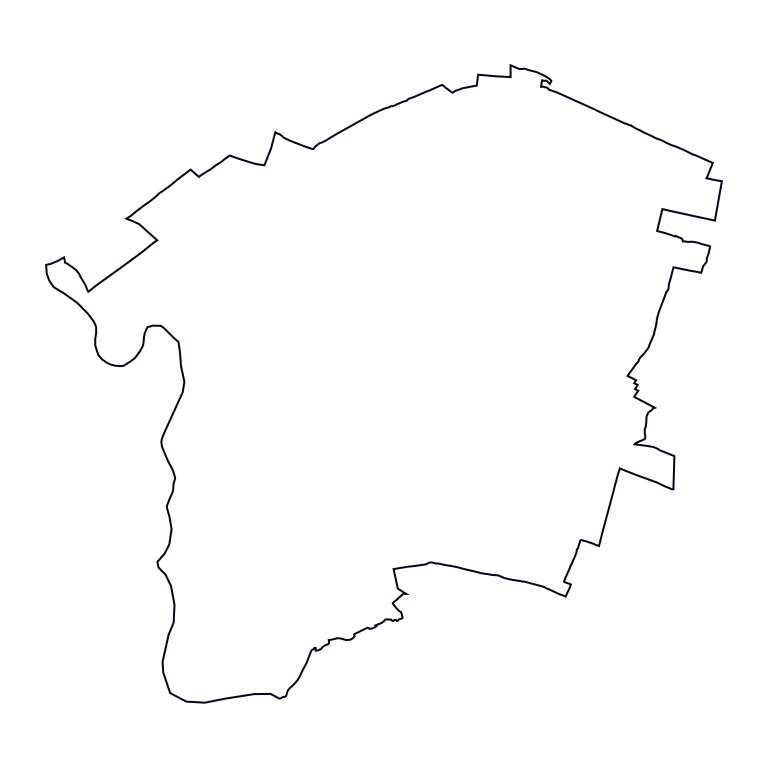 Bratovoesti, Dolj, Romania (Robinson projection)
{"feature_id": "2599482B58012097168459", "entity_name": "Bratovoesti", "entity_type": "district", "adm_level": 2, "iso_a3": "ROU", "parent_name": "Romania", "parent_adm1": "Dolj", "projection": "robinson", "projection_center": [23.927, 44.119], "detail": "fine", "context": "isolated", "style": "outline", "palette": "ink", "viewbox_px": 768, "rotation_deg": 0, "n_neighbors": 0, "source": "geoboundaries", "source_scale": "gbopen_adm2", "svg_char_len": 6048}
<svg xmlns="http://www.w3.org/2000/svg" viewBox="0 0 768 768"><path d="M279.6,698.7L281.3,698.0L282.8,697.1L285.1,696.7L286.1,696.1L287.5,691.4L288.2,690.0L289.7,688.3L293.6,684.6L297.4,680.4L300.0,676.1L302.5,670.5L306.7,662.8L309.5,655.1L311.5,650.3L313.7,649.0L314.7,647.8L315.6,648.0L315.6,649.5L315.7,650.7L316.4,650.7L317.5,650.5L318.7,650.1L321.1,649.0L321.9,647.7L324.4,645.7L326.8,644.8L329.0,643.5L329.1,642.7L329.0,641.2L328.7,640.1L330.3,639.9L337.8,638.2L339.9,638.4L342.6,639.0L345.4,639.9L346.8,640.0L350.0,639.8L352.4,638.6L353.9,637.2L354.7,636.3L354.1,635.6L354.1,634.5L354.6,634.0L367.4,627.8L368.0,627.8L368.9,628.2L369.1,628.7L369.5,628.8L370.6,628.6L371.9,628.6L374.7,627.4L376.2,626.3L375.3,625.5L376.1,624.8L377.1,625.0L378.5,624.1L379.9,623.7L381.7,622.9L383.8,621.3L385.0,620.0L385.8,619.4L387.5,619.4L389.1,619.6L391.2,619.6L391.9,620.5L392.5,620.9L393.5,620.9L394.3,620.0L395.5,619.9L396.6,620.4L396.8,620.9L397.8,620.7L398.8,619.6L400.3,618.8L401.7,618.6L402.5,617.9L402.6,617.2L402.1,616.0L401.8,614.2L401.0,612.2L398.8,610.7L396.7,608.6L394.4,605.6L393.5,604.6L392.8,603.2L394.5,601.5L396.7,599.8L403.2,593.8L406.1,593.9L397.8,588.6L393.6,569.1L407.7,566.7L414.0,566.1L425.6,564.4L427.3,563.7L428.5,562.9L429.6,562.6L431.7,562.4L434.1,563.1L436.2,563.5L438.1,563.5L439.8,563.8L443.9,564.8L452.0,566.1L458.1,567.4L466.0,569.5L475.7,571.7L481.6,573.3L488.4,574.2L491.4,574.9L498.3,575.4L504.2,578.0L507.8,578.9L513.8,580.1L520.8,581.1L522.3,581.6L523.7,581.5L527.0,582.3L543.2,586.7L545.0,587.4L545.8,588.0L546.7,588.5L549.0,589.3L558.5,593.8L564.0,595.8L565.6,596.6L569.6,588.1L570.9,584.6L570.8,584.4L570.0,584.0L565.5,582.5L564.3,581.9L564.2,581.5L564.2,581.1L565.6,577.5L569.7,568.3L570.1,567.6L570.1,566.9L570.4,566.1L570.8,565.4L571.3,564.6L572.5,562.2L573.4,559.8L574.7,557.0L576.5,552.3L576.7,550.1L577.0,549.3L577.5,548.8L578.1,547.9L580.3,540.5L580.6,540.1L581.7,540.2L586.4,541.4L593.2,543.7L597.0,545.4L599.0,546.0L602.8,531.0L612.7,494.3L615.4,483.7L616.3,480.9L616.8,478.4L619.8,468.4L625.3,470.7L636.8,475.2L657.5,482.7L664.1,486.0L669.3,488.1L671.2,489.1L673.4,489.3L674.4,456.1L660.3,450.5L657.2,448.6L653.8,447.1L647.6,446.0L634.6,444.3L635.1,443.6L636.6,442.6L643.8,439.6L644.9,438.9L645.3,437.7L645.3,436.1L645.0,434.9L644.8,433.8L644.7,429.7L645.1,428.3L645.6,427.1L646.0,425.3L646.4,420.5L646.4,417.6L646.7,416.0L648.3,412.6L649.3,411.7L651.5,410.4L653.1,408.5L653.6,408.2L654.8,407.8L634.1,396.8L638.3,390.7L635.0,389.1L637.7,385.0L634.2,383.1L636.1,380.2L627.6,376.0L629.0,373.8L636.1,364.1L638.1,361.9L638.7,361.0L639.0,359.7L639.5,358.7L640.1,357.8L644.6,353.0L646.6,350.2L647.7,348.9L648.4,347.8L650.5,342.3L652.5,337.9L654.3,333.1L654.3,332.1L655.6,327.4L656.6,322.7L656.8,319.3L657.8,315.8L658.5,313.2L659.1,311.3L665.8,293.6L666.0,292.4L666.5,291.8L668.0,290.2L668.7,288.0L668.6,286.3L668.9,284.1L670.6,278.5L673.5,267.3L690.6,270.8L697.2,271.9L701.2,272.8L702.5,268.5L703.1,266.6L703.6,265.6L706.3,262.3L706.8,261.3L706.8,258.6L708.7,253.1L709.2,250.5L709.4,250.0L709.8,248.6L710.1,246.3L701.6,244.0L697.6,242.6L692.0,241.7L689.5,241.9L686.8,241.8L684.4,241.3L683.0,241.5L682.0,238.7L675.6,235.9L675.2,236.5L670.5,234.8L664.1,232.8L657.1,231.0L662.4,209.1L675.6,212.1L714.9,220.6L721.9,181.2L719.6,180.9L714.2,179.9L707.8,178.5L706.5,178.2L707.5,176.1L712.8,163.0L696.3,155.6L692.3,154.2L683.3,149.7L676.1,146.6L671.7,145.2L666.4,142.8L661.0,140.0L658.4,139.2L655.8,138.2L650.8,135.6L644.8,132.9L640.6,130.7L635.7,128.4L633.1,126.8L632.1,126.4L631.6,125.7L630.8,125.3L629.6,125.3L627.6,124.3L624.1,123.1L600.3,112.2L593.1,108.7L587.5,106.2L557.1,92.5L549.3,89.8L547.3,87.9L546.6,87.5L544.7,87.2L543.5,86.8L541.1,86.8L541.7,82.2L542.3,80.2L543.7,80.8L546.0,80.7L547.2,81.3L548.5,82.8L550.0,83.9L551.4,80.9L551.0,80.4L548.9,78.4L545.0,76.0L536.4,72.0L529.9,70.4L524.6,68.7L521.7,69.0L519.0,68.9L510.6,65.3L510.6,77.1L495.7,76.3L483.6,75.2L478.2,74.7L476.7,85.8L475.1,85.9L473.1,86.2L462.1,88.4L460.0,89.3L458.0,89.9L455.4,90.9L454.7,91.2L453.1,92.3L452.2,92.7L450.1,91.0L446.5,88.3L442.4,85.0L441.5,85.2L437.4,86.9L429.7,90.4L427.0,91.4L414.6,96.7L412.0,97.7L409.5,98.4L408.3,99.2L407.3,100.2L406.3,100.9L404.7,101.2L401.1,102.5L394.1,105.7L392.3,106.2L390.8,106.2L389.7,107.0L383.6,108.9L371.3,114.6L338.2,133.1L330.7,137.5L326.5,140.2L323.9,141.6L321.5,142.7L319.6,143.1L315.1,146.7L313.5,149.0L311.9,148.8L304.4,146.3L290.2,140.8L284.1,137.9L280.2,134.6L279.3,134.1L276.7,133.2L275.3,132.3L271.1,148.4L264.4,165.3L255.8,164.0L248.4,161.8L237.4,158.3L229.7,155.5L224.4,159.3L220.9,162.2L216.5,164.8L210.0,169.8L208.4,170.6L205.3,172.5L201.2,175.1L198.9,176.9L190.6,169.6L183.4,175.1L178.9,178.4L170.1,185.7L163.7,190.3L162.1,191.6L160.8,192.2L158.8,193.7L154.7,197.6L149.2,201.9L143.7,205.7L136.7,211.0L130.5,216.1L126.4,218.7L127.3,219.1L128.8,219.7L131.2,220.5L137.5,223.4L139.0,224.0L139.5,224.4L141.8,226.5L157.2,240.3L153.3,243.0L141.5,252.5L127.8,262.7L95.4,286.1L88.4,291.8L86.9,289.0L85.9,286.2L84.5,283.5L80.7,277.2L79.0,273.7L76.5,270.5L72.1,267.0L67.1,263.6L65.1,262.7L64.9,261.3L64.6,260.1L64.0,257.4L58.1,260.8L50.7,263.9L46.1,264.9L46.7,273.4L49.2,280.5L53.8,287.2L63.9,293.3L77.2,302.8L88.1,313.9L94.0,321.8L96.1,326.8L96.2,333.0L95.2,339.0L95.3,345.5L97.0,351.2L98.5,355.3L102.4,359.7L107.5,363.1L110.9,364.6L115.0,365.7L120.3,366.1L123.6,365.8L130.6,361.4L134.5,358.4L137.0,355.4L140.3,350.8L143.0,345.5L143.7,341.4L143.9,337.7L144.6,333.7L146.3,329.4L147.5,327.1L150.3,326.5L151.9,325.8L153.5,325.6L157.2,325.8L160.5,325.8L162.5,326.9L165.4,329.5L169.9,334.0L174.0,338.1L178.5,342.0L180.1,353.5L181.0,366.0L184.4,381.8L182.7,392.3L163.7,434.1L161.9,438.9L161.3,441.7L162.0,446.7L167.7,460.5L173.0,470.4L175.2,478.1L173.6,483.8L173.0,491.2L169.5,499.2L166.9,506.0L166.8,507.4L169.4,516.4L171.6,529.3L169.3,544.4L164.8,553.4L157.4,561.9L158.6,567.6L165.5,574.6L171.0,586.0L174.5,604.6L173.7,622.5L168.6,634.8L162.6,661.8L163.2,672.3L170.1,693.0L186.3,701.6L204.8,702.7L225.5,698.6L254.2,694.1L270.5,693.9L279.6,698.7Z" fill="none" stroke="#020617" stroke-width="2"/></svg>